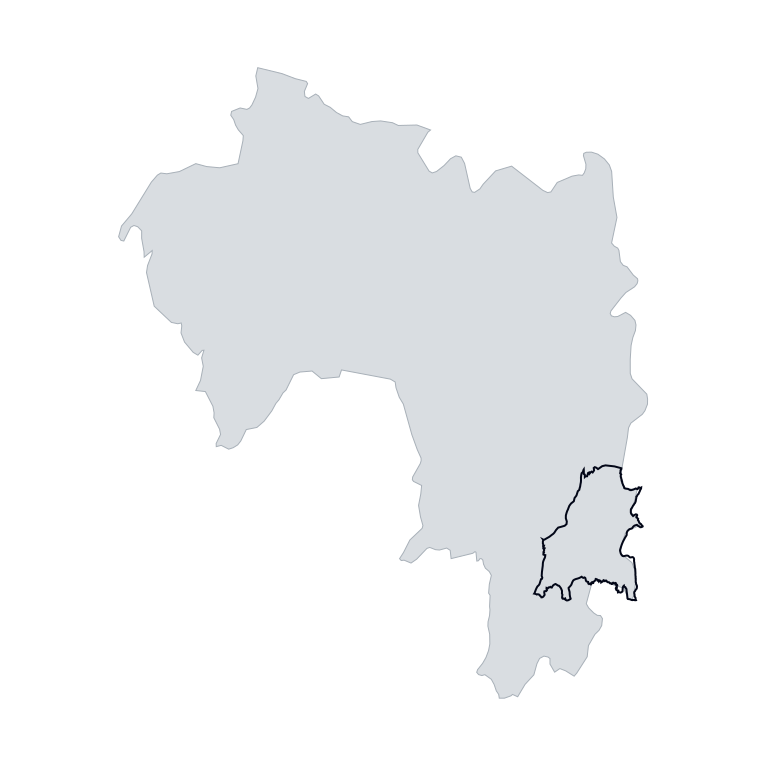 Beyla, Beyla, Guinea shown in context, rotated 11°
{"feature_id": "49546643B61238663992809", "entity_name": "Beyla", "entity_type": "district", "adm_level": 2, "iso_a3": "GIN", "parent_name": "Guinea", "parent_adm1": "Beyla", "projection": "equal_earth", "projection_center": [-8.173, 8.91], "detail": "fine", "context": "in_parent", "style": "outline", "palette": "ink", "viewbox_px": 768, "rotation_deg": 11, "n_neighbors": 0, "source": "geoboundaries", "source_scale": "gbopen_adm2", "svg_char_len": 9774}
<svg xmlns="http://www.w3.org/2000/svg" viewBox="0 0 768 768"><g transform="rotate(11 384 384)"><path d="M466.2,536.8L460.1,535.7L457.5,537.2L449.5,549.7L444.7,554.6L437.3,553.1L434.6,554.0L432.6,552.5L435.3,545.7L439.2,532.1L449.0,518.4L449.2,515.5L445.2,507.5L441.1,496.6L441.1,484.9L440.3,476.4L431.6,474.0L430.1,472.6L429.9,469.8L434.8,455.2L435.1,452.2L434.5,449.6L429.2,442.1L421.0,428.4L406.8,400.0L401.5,394.1L396.5,385.4L394.6,379.9L389.3,378.0L339.6,378.3L338.6,385.7L321.5,390.7L310.9,385.0L299.2,388.3L293.5,392.1L289.0,408.6L286.5,412.1L283.9,419.5L281.6,423.6L279.0,431.8L273.4,443.4L267.5,450.9L257.5,455.0L254.3,467.2L252.0,471.7L248.1,475.3L244.0,477.6L235.9,475.3L231.3,477.5L230.6,474.4L233.2,464.7L231.2,459.7L223.4,449.6L222.7,444.7L220.3,438.5L210.1,425.5L200.5,426.3L203.2,415.5L203.2,401.1L200.0,393.2L200.8,385.2L199.1,385.7L195.8,391.2L190.7,389.4L180.2,380.9L175.0,372.6L174.4,365.5L173.3,362.8L170.1,364.2L163.5,364.1L143.6,351.5L129.6,319.9L129.3,312.8L131.5,300.5L131.0,297.2L124.4,305.3L123.2,299.9L118.3,287.2L116.9,279.9L112.2,276.6L108.3,276.1L105.4,278.5L101.3,293.3L98.4,293.2L95.4,290.1L96.2,279.0L103.9,265.2L117.1,230.2L121.7,222.2L124.7,219.5L130.7,219.1L142.6,214.5L157.2,203.6L168.4,204.4L181.5,203.1L198.7,195.6L199.1,172.2L198.5,167.0L192.5,162.3L189.0,158.3L186.0,153.1L182.3,149.4L182.4,145.5L190.1,140.5L197.0,140.6L199.4,138.7L201.1,135.3L203.2,126.9L203.9,118.0L199.4,106.1L199.7,97.6L224.8,98.8L238.6,101.2L249.9,101.8L251.7,103.7L250.0,112.0L251.5,116.8L255.3,118.1L261.6,112.4L264.9,113.7L271.9,120.8L278.5,122.7L285.6,126.6L292.3,128.7L298.3,128.5L302.8,132.5L311.2,133.7L322.0,128.7L330.5,126.4L342.5,125.9L348.7,127.5L366.9,123.5L381.2,125.8L379.0,128.5L372.4,147.3L373.1,150.6L387.6,166.4L391.1,167.6L395.0,165.4L401.3,158.1L406.3,150.2L411.0,146.3L416.6,146.6L421.0,152.1L431.3,175.6L433.9,178.6L436.4,178.6L440.9,174.2L443.2,169.0L452.9,153.5L467.7,145.8L503.0,163.6L508.1,164.9L511.2,163.6L515.6,153.1L528.9,144.1L535.3,141.6L539.0,141.3L540.3,138.5L541.0,134.2L540.3,129.8L536.2,121.8L536.1,119.5L538.4,117.9L543.5,116.8L550.1,117.6L557.4,121.0L563.4,126.0L566.9,131.9L573.4,156.7L580.9,176.1L580.5,202.2L583.8,204.8L587.5,206.0L589.1,208.0L592.7,218.8L596.2,221.9L600.2,222.6L607.9,229.5L612.8,232.3L613.5,234.3L613.3,237.2L611.4,240.8L604.0,248.0L600.3,254.2L592.8,269.0L592.6,271.7L594.2,273.7L597.3,274.1L600.6,273.1L607.5,267.6L613.0,269.6L618.2,273.7L620.1,278.0L620.6,283.6L619.4,290.9L619.2,299.0L621.0,312.8L623.7,326.6L626.5,331.6L643.9,343.8L645.6,348.4L646.5,353.5L645.2,360.5L643.4,364.4L633.8,375.3L632.4,380.4L633.1,390.0L633.8,430.5L637.6,437.4L642.1,440.8L652.6,438.9L652.3,450.2L650.9,462.8L657.1,466.7L660.1,470.5L661.8,474.1L652.2,480.8L649.3,484.8L648.0,495.3L648.3,505.0L661.4,512.0L666.4,520.2L668.7,528.6L669.4,544.6L668.3,548.3L664.9,548.3L658.3,538.6L648.2,537.6L640.7,535.7L628.1,537.0L626.0,539.9L624.5,561.1L627.6,564.7L633.5,568.7L637.5,570.4L640.7,570.0L643.2,572.6L643.8,579.6L642.1,584.7L638.8,589.5L634.6,601.8L635.5,613.0L628.4,631.0L626.4,634.5L617.0,630.9L610.9,629.8L606.5,634.3L600.4,627.3L599.3,621.8L597.0,620.7L592.9,620.6L589.1,623.7L587.5,629.4L586.6,640.9L579.8,651.9L574.9,665.5L569.4,664.2L568.1,665.9L562.2,669.4L557.1,670.4L555.8,666.8L552.8,663.8L549.5,658.0L545.7,653.4L538.5,650.1L535.7,651.5L532.3,651.2L530.0,649.3L530.4,646.5L534.1,639.4L536.3,632.9L537.5,625.8L537.5,619.0L535.5,609.5L532.2,601.9L531.5,597.5L531.8,591.2L531.1,585.4L530.1,582.3L528.5,571.3L526.6,569.3L525.6,560.5L525.9,551.4L523.1,548.0L518.7,545.5L516.1,541.9L514.6,538.0L513.0,536.9L511.6,537.1L510.4,539.5L508.9,540.1L506.4,531.6L505.3,531.2L503.5,533.2L483.2,542.6L480.7,534.6L476.8,533.1L470.1,536.4L466.2,536.8Z" fill="#d9dde1" stroke="#a8b0b8" stroke-width="1"/><path d="M625.3,541.3L625.5,541.0L625.6,540.8L625.7,540.4L625.6,539.8L625.7,539.3L626.1,538.8L626.3,538.8L626.3,539.4L626.5,539.5L627.1,539.6L627.3,539.5L627.1,538.6L627.2,538.3L627.7,538.1L627.8,537.9L628.4,537.1L629.2,535.7L629.0,535.0L629.1,534.9L629.9,535.1L630.2,535.3L630.6,535.2L630.8,535.3L631.3,536.0L631.9,535.6L632.2,535.6L632.3,535.9L632.2,536.2L632.3,536.7L632.5,536.9L632.7,536.3L633.0,536.2L633.3,535.7L633.7,535.8L634.0,536.5L634.4,536.6L634.7,536.3L635.1,536.4L635.2,537.2L636.4,536.1L636.8,534.8L637.1,534.6L638.1,535.4L638.5,535.3L639.1,534.8L639.4,534.5L639.9,534.7L640.2,535.1L640.5,535.3L641.0,535.7L641.6,535.9L642.1,535.7L642.8,535.7L643.8,536.5L644.3,536.3L644.7,536.3L645.3,536.8L645.7,536.9L646.1,536.7L646.2,535.9L646.8,535.3L647.1,535.3L647.4,535.9L647.9,535.8L648.4,535.9L649.0,535.1L649.4,535.1L650.1,536.1L651.1,536.7L651.3,537.0L651.2,537.1L650.5,537.3L650.9,537.7L651.4,538.9L651.4,539.6L651.0,539.0L650.8,539.1L650.5,540.3L650.7,540.8L651.5,540.6L651.6,542.0L652.9,542.3L653.5,542.1L653.6,542.3L653.3,543.5L653.4,543.9L654.2,543.5L656.1,543.6L656.4,543.4L657.6,542.3L657.7,541.9L657.2,538.5L657.4,537.2L657.7,536.6L658.0,536.2L658.4,537.1L658.5,537.1L658.9,537.3L659.5,537.3L659.9,537.6L660.2,538.3L660.6,538.5L661.1,539.0L661.7,541.1L662.9,544.6L663.9,548.0L664.4,548.5L666.6,548.4L668.3,548.8L668.8,548.6L669.3,548.7L669.8,548.4L670.9,548.3L671.7,548.4L672.6,548.1L671.9,547.0L671.8,546.1L671.5,545.7L670.6,544.8L670.1,542.8L669.5,541.5L669.4,540.6L669.5,540.0L669.9,539.5L670.2,538.4L670.6,537.4L671.1,536.7L671.1,536.2L671.0,534.6L670.6,533.5L669.7,532.3L669.3,531.1L669.2,530.8L668.9,530.5L668.2,526.8L668.0,526.6L667.8,525.1L667.6,524.8L667.1,522.9L667.0,522.0L666.1,518.4L665.9,517.6L665.1,516.0L665.0,515.3L664.0,512.4L663.8,511.5L663.5,510.9L663.1,509.5L663.0,508.5L662.7,507.7L662.3,507.1L661.6,506.6L660.9,506.5L659.2,507.2L658.3,507.2L656.6,506.1L655.4,506.0L654.3,506.3L652.2,507.3L651.1,507.3L650.3,506.9L649.2,505.8L648.7,505.1L647.5,502.6L647.4,501.4L648.0,496.4L648.7,493.0L650.0,488.7L651.0,486.1L651.0,485.8L650.7,483.8L650.9,482.2L651.8,480.7L652.6,479.7L655.0,478.4L655.9,476.4L656.2,476.0L656.9,475.2L659.1,474.0L659.8,474.3L660.0,474.5L660.9,475.0L661.9,475.2L662.9,475.7L663.7,475.5L665.0,474.7L665.1,474.4L664.7,473.8L663.6,473.3L663.1,472.5L662.4,472.4L661.9,471.9L661.1,471.5L660.0,469.7L659.5,469.5L659.2,469.1L659.1,468.3L659.2,467.9L658.0,467.0L657.2,466.8L657.1,466.5L657.6,464.9L657.5,464.3L657.0,463.9L656.0,463.9L654.6,465.0L653.7,466.1L651.7,464.5L651.2,463.8L651.0,463.5L650.8,463.0L650.5,461.5L650.3,460.3L650.3,459.8L651.1,457.9L651.8,455.6L652.3,454.9L652.7,453.5L653.0,453.2L653.3,452.1L653.5,450.7L653.4,450.3L653.4,449.8L653.4,447.3L653.2,446.7L653.3,446.3L653.7,445.8L653.9,445.0L654.2,444.1L654.9,443.2L655.2,441.4L655.5,440.9L655.6,439.9L655.7,439.6L655.6,439.3L655.8,438.8L655.7,438.3L655.8,437.8L656.2,437.9L656.3,437.6L656.2,436.6L655.6,437.1L655.0,437.1L654.5,436.8L653.6,436.9L653.5,437.2L653.3,438.1L653.0,438.8L652.8,438.9L651.1,438.5L649.4,439.7L649.0,440.0L647.0,441.0L645.8,441.2L645.5,440.9L644.6,440.8L643.6,440.4L640.8,440.6L639.8,440.4L638.8,438.5L638.2,438.0L638.0,437.5L636.8,435.7L636.6,434.8L636.2,434.5L636.1,433.8L635.8,433.7L635.5,433.0L635.5,432.4L634.9,431.6L634.8,431.0L634.5,430.6L634.0,429.7L634.1,429.4L633.8,428.5L633.9,427.9L634.1,427.5L633.4,426.8L632.9,426.7L632.8,426.2L633.0,425.6L632.7,424.2L632.7,423.8L632.7,423.1L632.8,422.9L633.1,422.8L633.2,422.4L633.1,421.4L626.0,420.9L617.0,421.6L613.9,423.0L611.2,425.8L610.3,426.7L608.5,425.7L606.8,425.4L605.9,426.4L606.7,428.8L605.7,431.0L604.5,430.4L603.8,431.1L602.8,432.9L602.2,431.7L601.3,432.4L601.0,435.8L599.4,436.2L598.9,436.9L598.4,434.6L597.3,434.2L596.8,431.4L596.4,429.8L596.2,430.3L596.0,432.4L595.0,433.9L595.0,436.1L595.2,438.4L595.7,440.6L596.0,442.7L596.0,445.0L596.1,447.2L595.9,449.3L595.9,450.6L594.7,452.3L594.2,456.8L592.8,459.6L592.7,462.9L590.4,465.6L589.2,468.1L588.7,470.7L588.5,472.1L588.1,473.5L587.8,475.5L587.6,478.3L588.1,481.1L589.7,484.1L589.9,486.7L588.4,488.7L584.7,490.6L582.4,491.7L580.8,494.4L579.6,497.4L579.1,498.2L578.8,498.7L577.3,500.3L575.5,502.4L571.8,505.6L571.3,506.1L570.9,506.3L570.4,506.5L569.7,506.3L570.1,506.7L570.0,508.2L570.4,510.3L570.7,510.6L571.0,511.5L571.1,512.5L571.9,512.3L571.6,514.4L573.0,514.6L572.8,515.1L572.3,515.6L572.9,516.4L572.9,516.8L572.8,517.7L572.6,518.4L572.7,519.1L573.1,519.1L572.9,520.0L573.0,521.0L573.8,521.2L575.0,521.2L575.1,522.7L575.0,524.0L574.6,525.3L574.4,526.4L574.2,527.5L574.1,528.7L574.2,530.0L574.3,530.7L574.5,532.0L574.6,533.6L574.7,535.3L574.8,536.5L574.9,538.3L575.2,540.7L575.4,542.3L576.3,543.8L576.3,545.0L575.9,545.4L575.4,545.6L575.2,547.3L575.0,549.1L574.8,550.8L574.3,552.0L573.2,553.5L572.6,555.5L572.3,556.8L571.9,559.2L571.6,560.9L571.5,561.1L572.1,561.1L572.4,561.1L573.0,561.2L573.6,561.3L574.1,561.5L574.8,561.1L576.1,561.0L576.8,561.5L577.1,561.5L577.3,561.8L577.7,562.2L578.7,562.7L579.2,563.4L580.2,563.1L581.0,562.3L581.7,560.8L581.9,560.3L581.0,557.9L581.0,556.9L581.9,556.5L582.7,556.4L583.3,555.3L582.6,554.1L582.5,553.2L583.5,553.5L583.9,553.3L584.3,552.3L584.9,552.1L585.6,552.0L586.0,551.4L586.9,551.7L587.5,551.8L587.9,550.7L588.3,549.6L589.1,548.7L589.6,548.2L590.6,547.6L591.9,548.1L593.4,548.7L594.1,548.6L594.9,549.1L596.1,550.2L596.9,551.0L597.5,552.1L598.0,552.6L598.4,554.0L598.6,555.6L599.4,556.9L599.4,558.2L599.6,559.8L600.1,560.5L600.6,560.7L601.2,560.5L601.4,560.3L602.1,560.7L602.5,560.3L602.8,560.0L603.6,561.3L604.7,561.6L605.8,561.3L607.0,560.4L607.6,559.8L608.0,559.6L608.2,559.2L607.1,557.1L606.4,555.0L605.9,552.8L605.2,551.4L604.4,549.9L604.1,548.9L605.0,547.5L605.4,546.9L605.8,546.1L606.2,545.3L606.6,542.8L607.2,540.8L608.1,539.8L609.8,538.7L611.1,538.1L612.8,537.1L613.9,536.2L614.8,535.5L615.2,535.8L616.6,536.3L617.8,535.6L618.6,536.0L619.2,537.2L619.7,538.5L620.5,539.2L622.1,539.3L622.6,540.9L623.4,541.3L624.3,540.6L624.7,541.0L625.1,541.2L625.3,541.3Z" fill="none" stroke="#020617" stroke-width="2"/></g></svg>